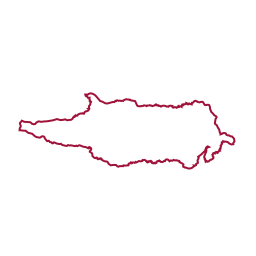 Santa Bárbara, Antioquia, Colombia (Albers equal-area conic projection), rotated 101°
{"feature_id": "7082276B96866833393824", "entity_name": "Santa Bárbara", "entity_type": "district", "adm_level": 2, "iso_a3": "COL", "parent_name": "Colombia", "parent_adm1": "Antioquia", "projection": "albers", "projection_center": [-75.582, 5.865], "detail": "fine", "context": "isolated", "style": "outline", "palette": "rose", "viewbox_px": 256, "rotation_deg": 101, "n_neighbors": 0, "source": "geoboundaries", "source_scale": "gbopen_adm2", "svg_char_len": 5852}
<svg xmlns="http://www.w3.org/2000/svg" viewBox="0 0 256 256"><g transform="rotate(101 128 128)"><path d="M123.8,21.5L122.7,21.8L120.9,21.0L120.5,21.0L118.1,22.0L116.5,24.2L116.6,25.8L116.0,27.4L116.2,28.9L115.8,30.2L114.8,30.7L114.5,31.9L114.8,33.6L115.4,34.1L116.6,36.0L115.3,36.3L115.0,37.0L112.7,37.9L111.8,38.5L110.4,39.9L108.4,41.3L107.4,43.2L106.9,43.6L103.2,43.8L102.0,43.6L100.8,43.1L100.2,43.2L99.7,43.7L98.9,46.0L98.0,46.8L96.2,49.5L94.8,50.2L93.8,51.0L91.5,51.7L90.1,52.6L89.9,53.2L90.0,54.2L90.8,56.6L90.6,57.2L88.5,59.1L88.1,59.9L88.4,61.2L89.2,62.8L89.1,64.8L88.6,65.5L88.7,66.0L88.4,66.7L88.8,67.9L90.7,69.0L91.0,70.0L92.7,69.9L92.6,71.4L92.2,72.6L92.5,73.1L93.2,73.1L93.4,73.6L92.6,74.6L92.3,75.6L93.2,75.6L93.2,76.2L93.9,76.6L94.1,78.0L94.6,77.9L95.1,78.2L94.8,79.3L95.5,79.5L95.9,79.1L96.4,79.6L97.0,79.5L96.6,80.4L97.5,81.7L96.6,82.4L97.0,82.8L97.7,82.8L97.7,83.4L98.7,83.8L98.9,84.1L98.6,85.0L98.5,85.9L99.4,87.5L99.0,88.3L97.9,88.5L98.0,90.5L98.4,91.8L99.4,92.4L99.3,93.3L99.6,94.5L99.2,95.3L99.2,96.3L99.4,97.9L99.9,98.9L100.7,99.7L100.3,100.5L100.3,101.2L100.5,101.7L100.0,102.2L100.3,102.8L100.0,103.1L100.2,103.5L100.0,103.9L100.2,104.4L99.6,104.6L99.5,105.2L101.0,106.6L101.9,108.4L101.5,109.4L101.7,109.9L101.4,110.9L102.0,111.9L102.3,113.5L103.0,114.0L102.7,114.6L102.7,116.6L103.4,117.3L103.8,118.9L104.2,119.4L104.6,121.9L104.5,122.7L104.1,123.4L100.3,126.1L100.2,128.3L100.4,129.5L100.3,130.4L99.8,131.4L100.2,132.0L99.9,132.7L100.2,135.5L101.3,137.2L102.3,137.8L102.3,138.9L102.8,139.9L102.7,141.1L103.1,142.5L102.9,144.0L103.8,144.7L103.7,145.5L104.9,146.1L105.2,146.5L105.3,147.6L106.0,149.2L107.8,152.7L108.1,154.8L107.0,158.4L106.8,160.5L103.0,165.2L101.8,167.1L101.1,169.4L101.1,171.3L101.9,173.0L102.8,173.7L103.3,176.3L104.4,175.8L104.8,175.1L104.9,174.0L106.0,173.1L106.0,172.1L105.7,171.8L105.6,171.5L107.8,171.2L108.0,171.0L108.0,170.6L108.4,170.3L109.2,170.5L109.4,170.2L109.3,169.5L109.5,169.2L110.4,169.6L112.3,169.6L114.0,170.5L116.1,169.9L116.5,170.6L116.8,169.8L117.6,170.3L118.3,170.2L119.6,172.0L119.7,172.7L121.0,173.8L122.3,173.9L122.5,174.9L122.2,175.6L122.7,176.4L122.9,177.6L124.3,179.6L125.6,180.1L125.9,181.2L125.6,181.6L125.9,181.7L125.9,182.2L126.2,182.4L126.3,182.1L126.6,182.7L127.1,182.4L127.4,182.7L127.8,183.6L128.1,183.9L129.3,184.1L130.7,185.3L132.0,189.2L131.5,191.4L132.2,192.8L133.0,195.2L133.1,196.2L132.8,199.2L133.0,199.9L134.0,201.6L134.9,203.5L136.7,208.3L137.7,212.0L138.5,214.3L138.5,216.8L138.7,217.3L140.1,219.0L141.7,219.8L142.3,221.1L142.2,223.0L141.1,224.7L141.0,225.3L141.7,230.9L141.1,233.6L141.7,233.8L143.4,234.9L144.2,235.0L146.5,233.6L147.5,233.7L148.7,234.2L150.9,234.0L150.7,233.1L150.6,230.3L150.2,227.9L151.1,226.5L151.8,224.8L151.9,221.0L153.8,217.9L154.4,216.0L154.3,212.7L153.8,211.9L153.1,211.5L152.6,210.9L152.4,209.9L152.5,208.8L152.9,208.3L154.0,207.7L156.3,205.0L156.2,204.4L155.6,203.3L156.7,202.0L156.7,200.2L157.4,199.7L157.5,199.2L157.3,198.7L156.3,198.1L156.2,197.7L156.8,195.2L156.9,193.2L156.9,192.4L156.3,190.7L157.2,189.4L157.4,185.3L157.1,184.4L156.2,183.6L156.4,182.3L155.9,181.0L155.9,176.5L155.2,175.4L155.5,174.5L155.4,174.1L154.3,172.7L154.2,172.1L154.9,168.4L154.8,165.8L155.4,163.4L155.5,162.6L155.2,162.3L154.2,162.5L154.1,162.1L154.5,160.9L155.6,160.0L156.6,160.2L157.9,161.0L158.6,161.0L159.6,158.6L160.4,158.0L162.3,157.6L163.7,155.3L163.8,154.3L163.0,153.2L163.0,152.9L164.2,152.1L164.4,151.5L164.2,151.1L163.5,150.7L163.8,149.6L163.1,149.4L162.9,148.9L163.2,148.2L164.5,147.2L164.6,146.3L165.1,145.1L165.0,141.9L166.0,140.8L166.8,140.3L167.9,137.8L167.0,135.2L166.6,132.7L167.7,131.1L167.8,129.9L167.1,129.2L166.4,125.6L165.8,125.6L165.6,125.4L165.4,123.2L164.7,121.2L164.7,120.7L164.5,120.4L163.6,120.6L162.8,120.4L162.2,119.2L161.1,118.6L161.2,118.2L162.0,117.8L161.8,117.3L161.3,117.2L161.0,116.9L160.7,115.7L160.9,114.7L159.9,114.0L160.3,113.5L160.3,113.3L158.5,111.2L158.3,110.6L158.4,109.5L157.7,107.8L156.7,107.6L156.8,107.1L156.2,106.1L156.2,105.4L156.6,104.2L157.0,104.0L157.1,103.2L157.7,103.1L158.1,102.3L157.5,101.5L157.2,102.0L156.9,101.8L156.6,101.1L156.7,100.3L156.1,99.9L155.9,99.4L156.0,99.1L156.4,99.3L156.5,98.7L156.8,98.7L156.9,98.1L157.5,98.1L157.8,97.7L157.8,96.3L157.2,95.9L157.1,95.5L157.6,94.6L156.7,93.4L155.7,93.6L155.1,93.0L155.0,92.5L154.6,92.1L154.6,91.4L154.1,91.1L154.5,90.7L154.4,90.1L155.0,89.6L154.9,87.9L154.3,86.9L153.6,86.5L153.4,85.3L152.1,85.1L151.6,84.5L151.4,83.9L151.5,82.5L152.1,81.8L152.1,81.4L152.7,80.9L151.6,79.7L151.8,78.8L151.6,78.1L150.6,77.2L150.9,75.7L150.6,75.0L150.7,74.5L150.3,73.8L150.7,72.4L150.5,71.6L150.7,71.2L151.7,70.9L151.7,70.2L152.1,69.5L152.5,67.8L153.2,66.6L154.7,66.7L155.5,66.4L155.6,65.6L156.0,64.8L155.7,63.9L156.2,61.7L156.1,60.1L155.2,57.9L152.9,55.8L152.5,55.8L152.2,56.1L152.0,54.6L151.4,54.1L150.2,54.2L149.0,52.8L148.6,52.8L147.5,53.1L147.0,53.5L146.1,53.5L145.0,53.1L143.7,52.9L143.4,53.3L142.9,53.7L140.2,51.2L135.6,48.0L133.0,47.7L132.1,47.4L130.9,46.5L131.0,45.4L131.2,44.9L131.9,46.2L133.1,47.1L134.0,47.2L134.8,46.8L136.6,46.7L138.1,47.2L139.4,47.3L140.2,47.6L142.0,47.7L142.9,47.1L143.3,46.6L143.9,46.8L144.5,46.2L146.2,45.4L145.3,44.7L146.0,43.9L145.9,43.5L145.5,43.1L145.4,42.4L144.0,41.5L143.4,40.9L143.2,40.1L141.8,38.7L141.3,38.5L140.8,38.7L140.5,38.5L140.1,38.6L139.5,39.4L138.6,39.6L138.2,40.1L137.1,39.5L136.6,39.6L136.4,39.4L136.6,38.8L136.4,38.6L136.4,37.8L135.6,37.9L135.3,37.4L134.8,37.1L135.0,36.6L134.7,36.4L134.9,35.9L135.5,35.5L135.3,35.2L134.1,35.1L133.6,34.3L133.0,34.2L132.9,33.9L132.7,34.2L132.2,34.2L132.0,33.7L131.4,33.8L131.3,33.4L130.6,33.6L130.2,33.2L129.4,33.5L128.4,33.2L127.7,33.7L127.0,33.4L126.5,32.9L125.2,32.7L124.9,33.1L124.4,32.7L124.0,32.9L123.8,32.3L123.2,32.0L123.2,31.7L122.9,31.8L123.0,31.4L122.7,29.7L122.8,27.5L124.0,25.3L124.4,23.2L123.8,21.5Z" fill="none" stroke="#9f1239" stroke-width="2"/></g></svg>